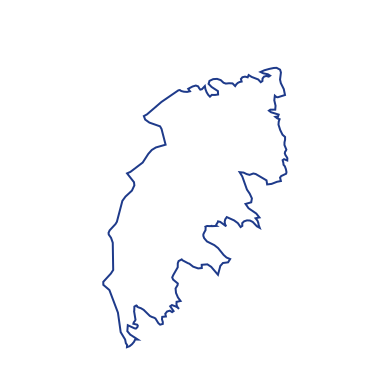 map outline of Corse-du-Sud (Equal Earth projection), rotated 235°
{"feature_id": "FRA-5281", "entity_name": "Corse-du-Sud", "entity_type": "Metropolitan department", "adm_level": 1, "iso_a3": "FRA", "parent_name": "France", "parent_adm1": "", "projection": "equal_earth", "projection_center": [8.909, 41.876], "detail": "fine", "context": "isolated", "style": "outline", "palette": "blue", "viewbox_px": 384, "rotation_deg": 235, "n_neighbors": 0, "source": "natural_earth", "source_scale": "10m", "svg_char_len": 3571}
<svg xmlns="http://www.w3.org/2000/svg" viewBox="0 0 384 384"><g transform="rotate(235 192 192)"><path d="M281.8,196.1L281.4,199.6L283.3,218.6L283.1,239.1L282.5,240.5L280.9,241.1L278.8,242.9L276.8,245.4L275.7,248.1L278.7,248.1L278.1,253.0L277.0,256.2L275.0,257.6L272.8,257.4L271.1,257.5L270.5,259.1L271.4,263.3L268.6,262.0L265.3,261.2L262.3,261.0L259.8,261.4L260.2,263.9L258.2,266.7L256.9,269.3L259.8,271.1L266.8,268.3L271.1,267.6L273.0,270.1L272.3,274.1L270.3,277.4L267.2,279.7L263.4,280.5L261.4,281.9L259.8,284.8L257.7,287.5L254.0,288.1L254.8,290.1L255.1,292.1L254.8,294.0L254.0,296.0L256.5,296.9L257.1,299.1L256.1,301.6L254.0,303.4L255.3,305.5L252.0,306.9L246.2,310.8L242.5,311.3L242.5,313.3L244.5,314.9L245.2,317.1L244.5,319.3L242.5,321.0L242.5,322.7L244.9,321.7L248.3,318.5L251.0,317.0L250.2,321.1L248.5,325.9L246.7,330.1L245.2,332.5L241.7,334.3L238.9,333.4L233.6,328.6L230.2,327.2L223.6,326.2L218.1,323.8L220.4,316.6L221.4,315.6L223.4,315.1L219.9,312.0L214.7,309.9L211.7,307.4L214.5,303.4L214.5,301.7L212.0,302.5L205.7,307.4L204.3,305.5L204.7,304.9L205.0,304.7L205.3,304.4L205.7,303.4L203.4,304.1L202.6,304.6L201.4,305.5L199.9,303.4L197.6,301.5L192.2,299.8L187.0,299.0L183.7,299.8L181.4,298.2L179.7,296.3L177.5,294.7L172.6,293.6L172.0,292.6L171.6,291.4L170.5,290.2L168.4,289.7L166.7,289.7L165.0,289.5L163.2,288.1L166.1,286.2L166.1,284.5L163.4,283.5L161.8,282.6L159.8,282.8L156.8,282.0L154.1,280.8L153.0,279.6L153.9,274.2L153.3,272.4L150.0,271.1L151.6,267.5L153.0,261.8L155.1,257.9L158.8,259.7L170.2,254.5L172.0,252.8L173.0,249.0L175.4,247.0L178.3,245.4L180.9,242.4L175.9,242.1L162.5,238.4L157.4,238.3L152.4,237.4L149.6,234.6L151.5,229.0L146.2,229.0L137.5,232.3L132.5,232.6L133.0,231.6L134.0,229.0L131.0,229.2L128.7,228.6L126.6,227.6L123.8,226.9L126.6,225.5L132.6,224.6L135.4,223.1L137.2,220.8L138.1,217.9L137.7,215.3L135.4,213.8L135.4,211.7L140.2,211.7L144.6,210.2L151.5,206.1L150.5,203.5L148.9,201.7L146.7,200.6L144.3,200.3L151.3,198.0L153.0,196.5L152.5,195.9L151.7,194.0L150.9,192.4L150.1,192.7L152.6,188.7L153.0,188.7L153.6,187.3L155.5,184.9L155.9,183.1L155.4,183.0L153.0,181.2L151.8,178.7L150.8,177.0L149.5,176.1L147.2,175.5L142.9,175.9L135.7,179.8L131.1,181.2L122.3,181.8L118.5,182.7L115.2,184.8L113.7,181.2L116.1,176.6L115.2,172.8L109.3,165.8L119.7,164.8L123.9,163.1L126.8,158.2L124.1,156.4L125.9,153.2L130.2,150.1L134.8,148.7L135.9,147.9L141.6,145.0L142.7,144.9L143.1,141.4L141.8,139.5L138.5,137.1L134.8,129.2L133.4,126.8L131.1,126.3L125.2,127.9L124.0,126.8L122.4,123.2L118.5,121.0L113.7,120.0L109.3,120.1L110.4,117.4L110.9,116.4L109.3,115.1L107.6,114.3L105.7,114.1L103.7,114.3L105.8,113.9L107.6,113.0L110.9,110.7L110.9,108.6L105.0,108.6L105.0,106.8L107.5,105.8L108.4,103.1L107.6,100.3L105.0,99.2L106.8,96.0L105.0,94.4L102.2,93.5L100.7,92.4L101.6,89.8L103.8,89.2L109.4,89.5L111.0,88.7L112.6,87.5L114.6,86.4L123.2,84.8L126.1,83.5L128.3,81.9L129.5,81.3L130.4,81.6L131.0,81.3L131.2,79.1L128.0,76.7L127.6,76.2L119.7,72.4L119.2,71.4L118.6,69.5L117.7,68.4L114.7,71.0L113.5,70.9L112.6,69.7L112.3,67.7L113.3,66.7L119.7,63.0L115.1,59.2L110.6,59.6L102.2,63.0L103.8,60.9L102.5,58.5L101.7,55.5L101.5,52.4L102.2,49.7L104.0,51.1L106.1,51.1L109.5,52.6L118.1,53.2L135.6,62.1L159.1,68.1L166.8,66.1L169.3,67.8L171.7,78.7L173.3,82.7L195.9,98.0L200.9,99.4L204.9,99.4L206.4,100.2L207.8,102.5L209.6,110.9L210.7,113.4L224.7,129.9L226.4,134.9L227.6,143.6L230.5,148.6L233.3,150.1L244.5,149.5L243.8,153.1L244.4,168.5L248.3,178.1L249.5,183.2L249.2,188.0L245.9,197.5L261.1,203.2L264.1,203.5L273.3,196.9L278.2,195.2L281.8,196.1Z" fill="none" stroke="#1e3a8a" stroke-width="2"/></g></svg>